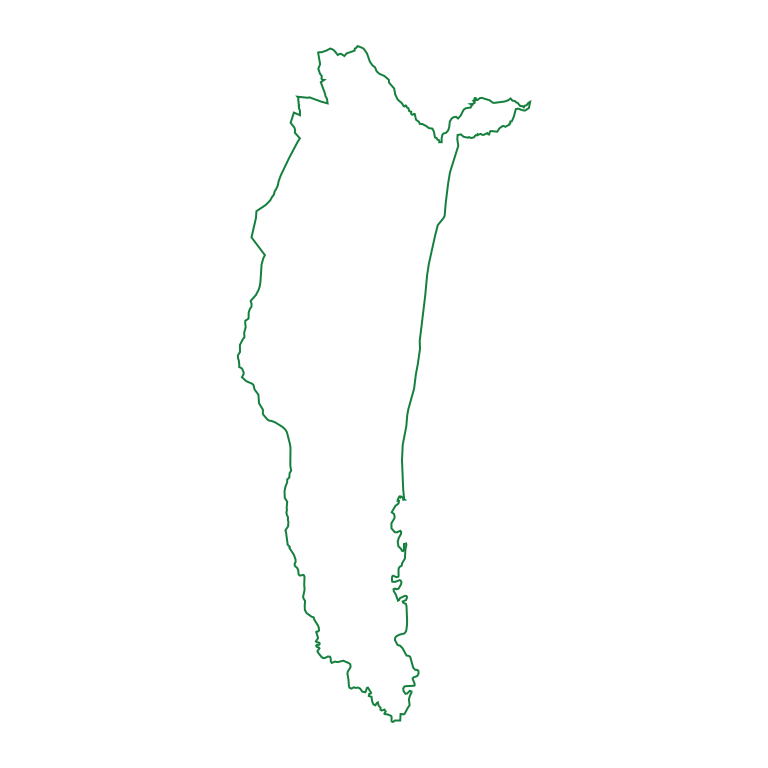 Viterbo, Caldas, Colombia
{"feature_id": "7082276B24939675265994", "entity_name": "Viterbo", "entity_type": "district", "adm_level": 2, "iso_a3": "COL", "parent_name": "Colombia", "parent_adm1": "Caldas", "projection": "equal_earth", "projection_center": [-75.869, 5.037], "detail": "fine", "context": "isolated", "style": "outline", "palette": "green", "viewbox_px": 768, "rotation_deg": 0, "n_neighbors": 0, "source": "geoboundaries", "source_scale": "gbopen_adm2", "svg_char_len": 6076}
<svg xmlns="http://www.w3.org/2000/svg" viewBox="0 0 768 768"><path d="M463.7,109.7L460.6,115.7L458.0,118.5L456.1,116.8L453.4,117.3L451.7,118.4L449.8,121.6L449.2,127.2L448.2,130.3L446.2,132.7L443.3,133.6L442.4,134.8L441.6,138.4L441.7,142.2L439.3,142.2L439.5,141.6L438.8,140.0L437.4,139.6L436.6,138.0L435.0,137.4L433.8,131.4L432.3,128.6L428.9,128.1L426.3,126.1L422.3,124.0L419.8,123.9L418.9,121.8L416.0,119.7L414.8,114.1L414.1,113.8L412.6,114.8L411.7,114.4L411.1,113.6L411.2,111.7L409.3,111.2L408.3,108.1L406.7,107.3L406.2,105.7L405.5,105.5L404.3,106.4L403.5,106.0L402.0,103.3L397.7,99.6L395.2,94.4L394.2,88.6L389.1,82.7L388.8,79.8L384.4,76.0L379.4,73.8L376.6,71.3L375.1,67.4L372.4,65.3L369.9,61.7L367.0,53.5L364.1,49.2L362.6,48.0L357.7,46.1L355.8,48.2L354.8,48.6L354.5,50.7L346.6,53.4L344.4,56.0L341.1,53.9L339.7,53.9L337.8,55.0L334.4,50.8L332.8,49.5L330.2,48.5L326.6,50.5L321.7,52.2L318.5,52.3L318.1,52.6L320.1,64.2L318.3,68.8L320.0,73.7L321.8,76.1L321.5,78.7L322.2,79.6L324.2,79.9L320.8,82.2L324.9,93.3L325.5,96.2L327.0,98.9L327.6,103.4L321.1,101.6L309.3,97.3L307.9,97.8L297.4,96.7L298.4,98.0L298.2,100.5L298.7,101.7L298.5,103.4L299.2,105.0L298.6,105.9L299.0,106.4L298.9,108.3L299.9,110.2L300.0,115.2L293.9,112.6L290.6,122.8L294.4,127.6L295.2,130.7L294.8,132.6L299.9,138.4L297.4,142.3L289.2,157.8L280.8,175.3L278.6,181.3L277.9,185.3L276.0,189.4L274.8,191.0L273.9,194.6L271.9,197.2L270.2,200.4L265.8,204.9L256.4,211.2L256.0,217.8L251.5,237.4L264.9,255.1L263.3,258.3L261.6,264.3L260.4,282.2L259.6,286.9L258.5,290.0L256.0,294.9L250.6,301.0L251.6,303.9L251.4,306.9L250.0,308.7L248.7,312.4L248.6,318.2L247.9,319.1L245.3,320.7L245.2,323.3L245.7,327.1L244.2,332.6L244.4,337.3L242.9,339.1L239.9,345.0L240.0,352.0L237.9,355.4L238.0,358.1L238.8,360.5L239.3,364.9L239.2,367.0L241.4,368.1L242.4,369.3L243.7,372.5L243.5,374.4L241.9,377.2L246.3,381.2L252.3,383.8L253.6,385.2L254.5,389.4L258.4,394.7L259.0,403.2L262.9,409.7L262.9,413.8L263.7,415.2L267.2,419.3L269.1,420.6L271.8,421.0L275.2,422.4L282.6,427.0L285.1,429.3L286.9,432.2L289.9,443.9L290.5,448.0L290.3,465.1L291.1,470.7L289.6,473.2L289.3,477.5L287.2,479.5L287.2,482.3L285.5,486.5L284.5,491.2L284.8,498.0L287.2,501.7L286.7,507.4L286.9,510.5L286.4,512.2L286.8,514.8L288.0,517.2L287.9,520.0L288.4,522.0L288.1,526.4L285.4,530.3L286.0,532.1L287.7,544.8L289.8,546.9L289.4,547.9L294.0,555.0L295.6,559.8L295.6,561.7L294.6,564.1L294.8,565.8L297.3,568.1L298.3,570.5L298.5,573.9L299.3,575.2L300.0,575.6L303.3,574.9L304.0,575.4L304.5,576.9L304.2,585.0L304.6,589.6L303.1,596.8L303.3,598.0L305.1,601.1L304.7,605.6L304.9,610.1L306.5,613.0L311.4,616.6L313.7,617.4L314.4,619.8L318.0,625.6L318.8,627.8L319.0,630.5L318.1,631.5L316.4,631.6L316.2,632.1L318.1,638.0L315.9,641.4L316.8,642.2L319.1,642.6L319.7,643.3L319.3,644.7L316.9,645.0L316.2,645.6L316.6,646.7L319.0,647.6L319.5,648.3L317.5,650.9L317.6,651.9L319.1,654.0L321.6,657.0L323.1,658.1L325.2,657.9L327.8,656.5L330.0,656.7L330.6,658.0L330.8,661.4L331.7,662.9L335.1,661.6L337.7,662.1L343.3,660.7L348.8,663.1L350.2,664.2L350.5,665.5L350.4,667.5L348.0,671.2L347.4,673.4L348.4,679.1L348.9,685.9L349.4,687.7L351.4,688.6L353.9,687.3L355.6,687.9L358.0,687.6L360.0,688.5L362.4,691.7L365.4,692.2L367.0,687.9L367.9,687.6L371.1,692.8L370.8,693.5L369.2,694.0L368.8,696.0L371.5,696.8L372.2,701.5L373.4,704.4L375.4,705.3L376.7,703.1L377.9,702.4L378.6,705.6L380.5,707.6L380.5,709.9L381.8,710.5L384.5,709.6L385.7,711.5L384.4,713.5L384.6,714.0L388.2,714.6L391.2,716.0L391.6,716.7L391.5,720.9L392.3,721.9L393.2,721.9L394.9,720.5L400.2,720.5L400.6,714.0L404.0,714.3L404.8,713.5L407.4,708.5L409.6,705.2L408.9,699.3L410.0,695.5L411.4,692.8L411.5,691.5L409.8,690.9L407.1,693.5L405.5,693.8L403.7,691.3L403.2,688.6L404.1,686.8L405.6,686.2L414.3,685.7L414.7,685.1L414.5,683.4L412.6,678.7L413.6,677.3L416.9,676.2L417.9,675.0L418.6,673.0L418.3,670.7L417.4,670.0L415.0,669.7L413.2,667.6L410.2,656.9L409.0,656.0L406.5,655.5L402.4,648.0L399.9,645.6L397.6,645.0L395.0,640.2L395.1,638.0L396.2,636.4L399.3,634.7L404.3,633.5L405.8,631.7L406.3,630.2L407.0,625.1L407.1,620.6L406.5,606.1L405.9,603.9L403.2,602.7L402.7,601.5L406.1,600.0L407.1,597.1L406.3,595.9L405.0,595.8L400.0,598.1L399.0,600.2L398.0,600.7L395.9,594.7L393.7,591.0L393.6,589.1L395.0,588.6L396.8,589.3L398.6,588.6L400.9,584.6L401.4,582.7L401.3,581.5L400.4,580.4L399.5,580.2L395.0,581.9L392.3,581.7L392.0,580.7L392.0,577.4L392.4,576.2L393.1,575.7L396.5,577.2L398.3,576.7L398.6,576.0L398.5,569.9L398.8,568.2L399.8,566.7L401.7,565.7L402.3,562.9L404.9,558.6L405.4,549.5L406.4,544.8L406.1,543.5L404.0,544.0L403.9,549.6L403.1,551.0L401.9,550.7L401.0,548.8L398.4,546.3L397.7,541.8L398.7,538.2L400.9,534.1L401.2,531.8L400.2,530.8L397.1,532.3L394.8,532.2L391.5,528.4L391.4,523.3L394.2,518.7L394.7,516.8L394.0,514.0L391.7,512.3L395.4,505.9L398.5,503.5L399.0,500.9L397.6,500.9L397.6,500.0L399.4,496.4L399.9,496.3L400.4,497.2L400.8,496.6L401.5,496.6L403.1,498.3L403.2,499.7L404.7,499.6L404.1,499.1L403.2,489.4L402.0,460.7L402.7,445.0L406.3,426.3L407.3,414.8L408.3,409.4L414.1,388.6L415.8,374.8L417.8,364.1L420.0,348.9L419.7,341.0L425.1,296.6L427.1,275.4L428.8,264.1L435.1,235.6L437.8,225.1L443.4,218.2L444.6,216.0L445.8,202.4L448.1,183.6L450.0,172.3L458.3,145.8L457.3,139.3L457.6,135.0L460.9,134.4L463.7,136.8L468.0,137.7L469.0,137.1L471.0,138.0L473.9,137.4L475.6,135.2L477.3,135.3L477.6,134.2L478.4,134.7L480.7,133.9L482.4,134.9L483.6,134.9L487.2,133.1L488.3,134.4L489.1,134.5L489.9,131.8L490.8,131.0L497.2,131.7L499.6,128.2L502.1,126.4L503.5,125.9L505.4,126.8L509.4,124.6L509.5,123.6L510.2,123.4L510.3,121.5L511.8,121.3L513.9,116.5L515.8,109.1L518.4,108.7L522.5,110.2L524.7,110.6L525.5,110.3L528.9,108.0L530.1,101.9L528.1,103.1L526.6,105.3L524.4,105.8L523.8,107.3L522.3,106.1L520.2,106.0L517.6,102.8L516.3,102.5L515.0,101.1L512.4,100.6L510.6,98.5L507.9,100.4L504.7,101.5L494.2,102.9L492.9,102.7L489.6,100.3L481.9,97.9L480.0,98.1L477.1,100.2L476.5,100.1L475.6,98.0L474.9,98.0L474.3,99.1L474.7,100.6L473.4,100.8L474.7,102.5L474.6,102.9L472.6,103.9L470.5,104.1L472.2,105.1L471.0,106.4L470.7,107.5L465.6,108.3L463.7,109.7Z" fill="none" stroke="#15803d" stroke-width="2"/></svg>